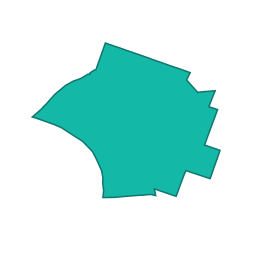 outline of Cetate, Dolj, Romania, rotated 18°
{"feature_id": "2599482B60212600347898", "entity_name": "Cetate", "entity_type": "district", "adm_level": 2, "iso_a3": "ROU", "parent_name": "Romania", "parent_adm1": "Dolj", "projection": "albers", "projection_center": [23.068, 44.111], "detail": "fine", "context": "isolated", "style": "filled", "palette": "teal", "viewbox_px": 256, "rotation_deg": 18, "n_neighbors": 0, "source": "geoboundaries", "source_scale": "gbopen_adm2", "svg_char_len": 5339}
<svg xmlns="http://www.w3.org/2000/svg" viewBox="0 0 256 256"><g transform="rotate(18 128 128)"><path d="M221.8,150.5L221.8,150.1L221.8,149.6L221.8,149.4L221.8,148.9L221.9,147.3L221.9,146.0L221.9,145.7L221.9,145.0L221.9,144.7L221.9,144.2L221.9,143.2L222.0,142.7L222.0,142.4L222.0,142.1L222.0,141.0L222.0,140.5L222.0,140.0L222.0,139.3L222.0,138.8L222.0,138.5L222.0,138.3L222.0,138.2L222.0,137.7L222.0,137.4L222.1,137.1L222.1,136.4L222.1,136.1L222.1,135.8L222.1,135.3L222.1,135.0L222.1,134.5L222.1,134.2L222.1,133.9L222.2,133.7L222.2,133.4L222.2,133.1L222.2,132.8L222.2,132.2L222.2,131.4L222.2,130.6L222.3,130.4L222.3,129.8L222.3,129.6L222.3,129.1L222.3,128.8L222.3,128.6L222.3,128.4L222.3,128.0L222.3,127.7L222.3,127.4L222.3,127.2L222.3,126.9L222.3,126.6L222.4,126.4L222.4,126.1L222.4,125.8L222.4,125.0L222.4,124.7L222.4,124.4L222.4,124.2L222.4,123.6L222.4,123.3L222.4,122.8L222.4,122.1L222.4,121.5L222.4,120.8L222.0,120.8L221.9,120.8L221.7,120.8L221.1,120.8L220.7,120.8L220.0,120.7L219.8,120.7L219.1,120.7L218.9,120.7L217.4,120.7L217.2,120.8L216.3,120.7L216.1,120.7L215.6,120.7L214.9,120.7L214.6,120.7L214.4,120.7L214.1,120.7L213.9,120.7L213.7,120.7L213.4,120.7L213.2,120.7L212.7,120.6L210.6,120.6L208.9,120.6L207.9,120.6L207.0,120.6L206.1,120.6L206.1,120.1L206.2,119.3L206.2,118.4L206.2,117.5L206.2,116.7L206.3,115.8L206.3,115.0L206.3,114.1L206.3,113.3L206.3,112.4L206.4,111.5L206.4,110.7L206.5,109.0L206.5,108.2L206.5,107.4L206.5,107.0L206.5,106.5L206.6,106.3L206.7,102.8L206.8,100.2L206.9,98.1L207.0,95.5L207.1,94.0L207.1,93.0L207.2,91.5L207.2,90.6L207.2,90.2L207.3,89.9L207.3,88.6L207.3,88.1L207.3,87.9L207.3,87.7L207.3,87.2L207.4,86.8L207.4,86.3L207.4,85.9L207.4,85.4L207.4,85.1L207.4,84.7L207.5,83.5L207.5,82.8L201.2,82.8L199.1,82.8L198.5,82.8L198.4,82.8L198.4,82.7L198.4,81.0L198.5,80.2L198.5,79.9L198.5,79.2L198.5,78.9L198.6,78.5L198.6,77.5L198.7,76.2L198.7,75.5L198.8,74.9L198.8,74.2L198.8,73.9L198.8,73.7L198.9,73.2L198.9,72.9L198.9,72.5L198.9,72.3L199.0,72.0L199.0,71.6L199.1,69.2L199.2,68.7L199.2,68.1L199.3,67.5L199.4,65.8L199.4,65.6L198.7,65.9L197.6,66.4L197.4,66.5L197.2,66.5L193.6,68.1L191.4,69.0L189.3,69.8L187.5,70.6L185.8,71.4L184.5,71.9L184.1,72.1L183.2,72.6L182.3,72.0L181.4,71.5L180.9,71.2L180.1,70.8L178.6,69.9L177.3,69.1L176.2,68.4L175.6,68.1L174.9,67.7L173.9,67.1L172.9,66.6L171.8,65.9L170.6,65.2L169.5,64.6L169.0,64.3L168.9,64.2L168.9,63.7L169.0,62.8L169.1,62.6L169.1,62.3L169.2,62.0L169.2,61.9L169.2,61.5L169.3,61.2L169.3,60.8L169.5,60.0L169.6,59.4L169.6,59.0L169.7,58.4L169.8,58.2L170.1,56.2L166.2,56.0L162.0,55.9L158.9,55.8L154.5,55.8L147.6,55.7L140.8,55.5L137.9,55.4L136.3,55.4L131.5,55.3L130.0,55.3L129.1,55.2L127.7,55.2L126.8,55.1L117.5,54.9L116.1,54.8L114.7,54.8L114.3,54.8L114.2,54.8L113.8,54.8L113.6,54.8L113.3,54.9L112.8,54.8L111.7,54.8L111.1,54.8L110.1,54.8L108.8,54.7L108.5,54.7L108.1,54.7L107.9,54.7L107.5,54.7L102.4,54.6L102.0,54.6L101.6,54.6L101.3,54.7L101.2,54.7L100.8,54.6L100.6,54.6L100.1,54.5L99.8,54.5L98.3,54.5L98.2,54.5L97.9,54.5L97.3,54.4L97.1,54.4L96.8,54.5L96.7,54.5L96.0,54.4L95.5,54.4L95.1,54.4L94.3,54.4L93.9,54.4L93.4,54.4L93.1,54.4L92.8,54.4L92.5,54.4L91.5,54.3L91.3,54.3L91.1,54.4L89.9,54.4L89.2,54.4L87.8,54.3L87.5,54.3L86.7,54.3L85.9,54.3L85.4,54.3L85.2,54.3L84.3,54.3L83.9,54.3L83.1,54.2L81.2,54.2L80.9,54.2L80.7,54.1L80.3,54.1L80.2,54.1L80.2,54.3L80.2,54.7L80.2,56.8L80.2,57.0L80.1,57.9L80.1,58.5L80.0,62.8L80.0,63.2L79.9,64.0L79.9,65.6L79.9,67.1L79.9,67.7L79.8,68.8L79.9,70.2L79.8,70.7L79.8,71.3L79.8,72.4L79.8,72.7L79.8,72.9L79.7,73.1L79.7,73.6L79.7,74.2L79.7,74.9L79.7,75.2L79.6,76.2L79.6,78.5L79.6,79.1L79.5,79.5L79.5,79.8L79.5,80.2L79.6,80.4L79.4,82.5L79.4,82.8L78.9,82.9L78.7,83.0L78.4,83.1L77.9,83.6L77.7,83.8L77.5,84.1L77.3,84.3L77.2,84.5L76.8,84.8L76.5,85.2L76.2,85.6L76.0,85.8L75.8,86.1L75.4,86.6L75.1,86.9L75.0,87.1L75.0,87.3L74.9,87.4L75.0,87.5L75.2,87.9L75.2,88.0L75.2,88.3L75.0,88.7L74.9,88.8L74.5,89.0L74.3,89.0L74.2,89.0L73.8,89.0L73.7,89.0L73.4,89.1L73.1,89.4L73.0,89.5L72.9,89.6L72.5,90.2L72.3,90.5L72.1,90.6L71.3,91.4L70.2,92.8L69.0,94.1L67.8,95.5L66.5,96.5L64.7,97.9L63.3,98.9L62.6,99.5L62.4,99.6L62.0,100.1L61.4,100.4L61.0,100.8L59.9,102.0L59.2,102.8L58.5,103.5L57.5,104.6L56.4,105.8L55.3,107.0L54.6,108.1L51.7,112.8L51.2,113.6L50.3,114.8L49.2,116.7L48.5,117.8L48.1,118.6L47.8,118.9L46.9,121.2L44.5,126.5L43.0,130.0L43.0,130.3L43.0,130.5L42.8,130.7L42.6,130.9L42.5,131.1L41.9,132.2L41.1,133.9L40.3,135.6L40.0,136.4L33.6,147.1L36.4,147.1L37.0,147.0L56.4,147.5L64.7,148.3L70.4,149.8L72.4,150.4L72.8,150.5L73.2,150.6L89.0,154.7L101.5,161.4L106.7,166.5L107.0,166.8L111.3,171.4L111.6,171.8L111.9,172.1L116.0,176.7L119.6,183.2L120.9,188.1L124.1,194.8L125.6,201.5L125.6,201.9L137.1,198.0L139.7,196.8L143.8,195.1L145.7,194.2L161.3,187.8L162.0,187.5L162.7,187.4L164.1,186.8L165.6,186.1L166.8,185.5L170.0,184.3L171.0,184.0L171.7,184.0L174.3,183.8L175.2,183.7L174.8,183.0L174.7,182.7L174.3,181.9L173.7,181.1L173.4,180.4L172.0,178.1L171.9,177.8L172.4,177.8L174.3,177.8L175.3,177.8L177.6,177.9L178.9,177.9L180.5,177.9L184.0,178.0L187.1,178.0L193.4,178.1L194.9,178.1L195.2,170.9L195.2,168.5L195.3,166.4L195.7,157.0L195.9,154.6L196.2,150.6L197.0,150.6L201.0,150.7L205.1,150.7L211.3,150.7L214.1,150.7L214.4,150.7L215.1,150.7L215.5,150.8L216.9,150.8L220.2,150.8L220.6,150.8L221.7,150.8L221.8,150.6L221.8,150.5Z" fill="#14b8a6" stroke="#0f766e" stroke-width="1.5"/></g></svg>